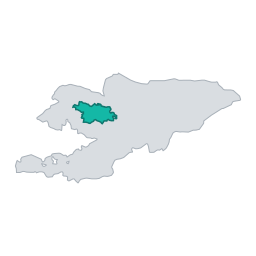 Toktogul, Jalal-Abad, Kyrgyzstan (highlighted)
{"feature_id": "92254566B9187696742897", "entity_name": "Toktogul", "entity_type": "district", "adm_level": 2, "iso_a3": "KGZ", "parent_name": "Kyrgyzstan", "parent_adm1": "Jalal-Abad", "projection": "albers", "projection_center": [73.19, 41.788], "detail": "fine", "context": "in_parent", "style": "filled", "palette": "teal", "viewbox_px": 256, "rotation_deg": 0, "n_neighbors": 0, "source": "geoboundaries", "source_scale": "gbopen_adm2", "svg_char_len": 5098}
<svg xmlns="http://www.w3.org/2000/svg" viewBox="0 0 256 256"><path d="M51.9,154.3L52.6,153.9L54.7,153.5L59.1,153.2L60.6,153.5L63.5,155.4L65.8,155.2L66.2,155.5L67.1,157.0L70.3,154.8L72.6,154.2L73.8,152.0L76.3,149.4L78.4,149.0L78.4,149.4L78.8,149.8L81.0,150.4L81.6,149.7L82.0,148.8L81.3,147.2L81.3,146.6L81.9,145.6L85.4,147.1L86.1,147.1L87.7,146.3L89.1,144.8L89.6,143.7L96.6,140.0L97.1,139.4L97.0,138.9L94.1,138.0L92.8,138.5L91.6,138.5L90.8,138.0L87.3,137.7L86.5,137.3L84.2,134.7L81.3,133.0L79.9,133.0L78.2,133.7L77.7,133.4L77.6,130.9L77.2,129.4L76.2,129.0L74.9,129.6L71.4,128.7L71.0,125.5L69.7,122.7L67.9,121.6L67.8,119.9L67.2,119.2L66.6,119.4L65.9,120.2L66.2,122.1L65.9,123.9L65.5,124.8L64.6,125.5L63.7,125.5L62.1,124.5L61.7,130.1L61.4,130.5L59.5,129.6L57.9,130.0L55.6,129.6L53.9,128.6L50.6,127.5L49.0,126.4L48.1,122.6L47.2,121.2L46.4,120.9L42.8,122.1L39.1,119.7L37.3,119.2L36.9,118.5L37.0,117.6L42.7,113.6L45.0,110.8L46.4,109.6L49.9,108.4L50.8,105.8L51.1,105.5L54.7,104.3L58.7,102.1L58.8,101.5L58.4,100.9L54.9,98.7L53.1,99.7L52.0,98.4L52.0,97.1L53.3,95.0L54.3,94.0L54.8,91.9L56.2,90.5L57.8,88.4L59.6,86.6L62.9,85.3L64.8,85.8L66.5,85.5L69.2,84.5L70.8,84.4L77.7,86.2L80.0,86.3L85.3,88.5L89.5,89.6L91.5,91.7L98.3,92.7L100.1,93.3L100.8,94.3L102.7,95.6L104.3,95.9L102.9,90.9L103.4,87.9L105.5,79.7L106.6,78.5L112.1,76.1L113.3,74.4L117.2,74.4L118.0,74.1L118.4,73.1L130.6,80.1L135.3,82.0L141.7,83.7L147.1,84.1L148.0,83.7L150.0,80.8L151.0,80.7L164.4,80.7L173.9,78.8L175.2,78.9L178.9,80.3L190.1,80.2L194.6,81.0L201.6,80.2L204.6,80.2L210.0,81.8L211.9,82.2L215.4,82.2L216.7,81.8L217.5,82.2L218.5,84.7L222.0,87.7L223.3,89.3L224.6,89.9L230.9,90.0L233.3,90.5L239.6,96.1L240.6,99.5L240.1,100.3L234.0,101.3L232.6,101.9L231.3,104.7L223.2,108.5L222.0,108.5L211.2,115.3L203.8,120.9L203.6,123.4L199.4,129.3L196.0,130.1L193.1,130.2L188.4,132.1L182.3,131.8L180.2,132.0L176.1,131.4L174.5,131.9L172.9,133.1L170.7,137.7L169.8,138.8L169.4,139.8L169.1,142.0L168.3,144.3L166.4,147.9L164.7,149.6L163.1,150.7L161.8,148.6L159.7,150.1L157.8,149.9L156.6,150.4L153.9,152.3L149.9,152.4L149.4,151.7L148.5,146.7L147.7,144.3L147.1,143.7L146.4,143.7L140.7,147.9L138.0,148.6L135.8,148.8L132.9,147.7L132.3,148.0L131.8,148.6L131.6,149.5L132.5,151.7L132.3,152.2L131.0,152.2L129.2,152.7L123.7,157.5L120.2,158.8L116.9,159.3L114.9,160.2L113.9,161.9L111.7,166.8L111.8,167.8L112.7,169.1L113.4,172.1L113.3,172.8L111.5,175.3L109.3,176.0L107.5,176.4L104.1,176.1L102.4,176.6L99.2,178.4L96.5,178.8L91.6,178.8L86.7,178.1L85.0,178.3L80.7,179.4L79.2,181.1L78.4,182.6L78.0,182.9L76.2,181.4L74.1,178.9L73.0,178.9L69.1,180.9L68.5,180.8L67.4,180.0L67.6,176.9L66.3,176.2L63.7,176.0L62.8,175.3L63.1,173.2L62.8,172.4L62.2,171.8L60.8,172.0L58.0,173.6L54.7,174.1L53.6,174.7L52.3,176.8L47.9,177.2L46.5,176.6L44.0,172.5L41.8,171.8L39.5,171.8L36.4,172.8L35.7,171.9L34.9,171.6L34.1,172.3L30.3,172.3L26.5,172.1L24.3,171.5L22.9,171.4L20.0,172.5L16.5,172.5L16.3,168.7L15.4,166.0L16.6,161.8L17.2,160.5L19.8,162.2L20.7,161.9L21.0,161.1L20.7,159.2L22.0,157.2L31.2,154.7L41.2,159.2L42.4,161.9L43.3,161.8L44.7,160.7L45.2,158.4L47.2,157.1L51.6,155.7L51.9,154.3ZM56.8,163.9L57.0,163.5L56.3,161.5L57.4,159.6L55.3,159.3L54.3,158.7L53.2,156.8L52.8,156.7L52.2,157.2L51.8,158.4L52.1,159.8L53.5,161.1L52.7,163.7L55.8,164.1L56.8,163.9ZM46.2,165.4L46.2,164.9L45.5,164.6L41.7,163.7L41.8,164.3L43.2,166.3L44.3,166.4L46.2,165.4ZM68.8,162.5L69.0,161.3L66.8,162.0L66.5,162.6L67.2,163.4L68.2,163.7L68.8,162.5Z" fill="#d9dde1" stroke="#a8b0b8" stroke-width="1"/><path d="M97.0,103.5L97.4,103.9L98.5,104.9L96.3,105.2L94.7,103.7L91.5,106.4L90.0,106.1L88.1,104.2L87.5,104.3L85.5,103.3L83.2,103.1L81.7,101.8L80.3,101.9L79.5,101.7L79.0,103.0L78.9,104.7L78.5,105.5L77.7,105.6L76.3,105.4L74.8,104.7L73.4,105.8L73.0,107.2L73.8,107.0L74.8,107.2L75.7,107.9L75.8,109.6L77.4,109.6L80.2,111.1L81.4,112.3L83.4,112.1L83.4,113.8L82.5,114.0L81.8,114.9L82.4,115.4L82.3,116.4L81.7,116.8L81.4,117.7L82.0,118.3L83.7,118.3L83.9,119.3L83.4,122.2L86.0,122.2L88.0,122.7L89.1,123.3L90.2,123.3L91.5,122.2L92.8,121.6L93.0,121.5L93.5,121.3L94.2,120.0L95.7,119.6L96.2,120.2L97.2,120.8L99.0,121.3L101.0,122.3L101.5,123.2L102.2,123.7L103.3,122.3L103.7,121.3L104.6,120.9L106.8,121.0L107.3,119.9L108.2,119.4L109.5,120.3L111.6,120.7L113.4,120.6L113.7,118.7L112.7,117.0L112.7,116.3L113.6,116.1L115.6,117.0L115.6,117.8L115.2,118.2L116.0,118.8L116.6,118.5L116.6,115.6L114.5,114.5L114.0,113.0L113.0,112.4L111.6,112.4L111.1,113.0L110.4,112.9L109.7,111.9L109.7,111.1L110.9,109.7L110.7,108.5L110.4,108.4L110.3,108.1L110.2,107.8L110.0,107.6L110.0,107.2L109.8,107.0L109.7,106.9L109.4,106.8L109.1,106.8L108.5,106.8L108.2,106.8L107.8,106.8L107.5,106.9L107.1,107.1L106.6,107.3L106.3,107.2L105.9,107.0L105.4,107.2L105.2,107.2L104.9,107.1L104.6,106.8L104.5,106.7L104.2,106.7L104.0,106.8L103.8,106.7L103.5,106.5L103.3,106.5L103.1,106.5L102.8,106.5L102.6,106.4L102.3,106.2L102.2,106.1L101.9,106.2L101.6,106.2L101.3,106.0L101.2,105.9L101.1,105.5L101.0,105.2L100.9,104.6L100.7,104.5L100.6,104.4L100.3,104.2L99.8,104.1L99.3,104.0L98.4,103.7L98.0,103.6L97.5,103.7L97.2,103.7L97.0,103.5Z" fill="#14b8a6" stroke="#0f766e" stroke-width="1.5"/></svg>